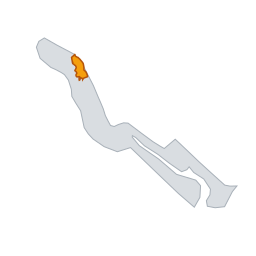 Jimara, Upper River, Gambia (highlighted), rotated 223°
{"feature_id": "56634734B42913132832661", "entity_name": "Jimara", "entity_type": "district", "adm_level": 2, "iso_a3": "GMB", "parent_name": "Gambia", "parent_adm1": "Upper River", "projection": "mercator", "projection_center": [-14.409, 13.327], "detail": "fine", "context": "in_parent", "style": "filled", "palette": "amber", "viewbox_px": 256, "rotation_deg": 223, "n_neighbors": 0, "source": "geoboundaries", "source_scale": "gbopen_adm2", "svg_char_len": 3360}
<svg xmlns="http://www.w3.org/2000/svg" viewBox="0 0 256 256"><g transform="rotate(223 128 128)"><path d="M25.5,115.3L46.5,114.5L72.0,114.8L99.7,115.2L112.8,115.4L119.6,103.4L132.7,98.1L146.0,96.1L153.0,96.6L160.3,98.4L174.4,108.3L183.2,110.6L190.6,112.8L195.9,117.7L204.3,122.4L210.9,123.7L214.9,123.0L221.4,121.2L225.7,119.7L239.8,119.0L250.1,124.6L252.3,130.6L250.6,136.8L236.7,140.1L217.5,145.3L201.6,142.4L182.2,135.4L170.9,130.3L166.2,128.3L159.1,125.1L153.0,121.6L147.0,119.4L142.5,117.9L139.1,119.7L137.4,124.0L134.7,128.8L131.3,131.6L115.1,133.3L100.5,135.0L92.7,136.5L87.5,137.7L85.8,152.0L69.4,151.9L53.2,151.7L36.4,151.9L18.3,152.2L13.7,155.1L8.8,159.9L8.3,152.7L3.7,136.3L9.9,129.1L16.6,124.9L21.1,128.3L22.5,135.0L26.0,139.5L37.8,142.4L49.6,140.3L56.8,141.3L56.5,137.6L59.0,132.6L73.2,130.5L88.3,129.1L103.8,126.2L115.9,126.3L119.6,125.4L118.7,124.2L107.8,122.8L84.5,126.2L60.9,127.2L42.9,136.1L35.6,135.3L28.1,126.3L25.5,115.3Z" fill="#d9dde1" stroke="#a8b0b8" stroke-width="1"/><path d="M212.4,137.4L212.0,137.5L211.6,137.5L211.0,137.6L210.4,137.6L210.0,137.6L209.4,137.7L209.1,137.8L208.8,137.7L208.6,137.7L208.1,137.5L207.8,137.3L207.6,137.3L207.5,137.2L207.2,137.0L207.1,136.9L206.9,136.7L206.8,136.3L206.7,136.0L206.6,135.8L206.5,135.5L206.4,135.2L206.3,134.8L206.3,134.7L206.2,134.3L206.2,134.1L206.1,133.9L205.9,133.7L205.7,133.7L205.3,133.7L205.0,133.8L204.8,133.8L204.5,133.8L204.3,133.8L203.8,133.6L203.4,133.5L203.2,133.4L202.9,133.2L202.7,133.0L202.7,132.8L202.6,132.7L202.6,132.4L202.5,131.9L202.4,131.6L201.9,131.0L201.6,130.8L201.2,130.6L200.9,130.5L200.6,130.5L200.3,130.5L200.0,130.8L199.9,130.9L199.5,131.3L199.3,131.4L199.1,131.8L198.9,132.0L198.6,132.4L198.5,132.5L198.4,132.5L198.2,132.5L198.0,132.4L197.9,132.3L197.9,132.0L197.9,131.8L197.8,131.3L197.6,131.0L197.4,130.6L197.2,130.4L196.9,130.2L196.5,129.9L196.2,129.7L196.1,129.9L196.2,130.0L196.1,130.3L196.3,130.8L196.4,131.0L196.4,131.4L196.4,131.8L196.5,132.0L196.7,132.3L196.7,132.5L196.4,132.6L196.2,132.7L196.0,132.9L195.6,133.0L195.6,132.9L195.2,132.9L194.7,132.8L194.6,133.0L194.4,132.8L194.3,132.7L194.2,132.6L194.3,133.2L194.3,134.5L194.0,135.1L193.7,135.7L193.3,136.5L192.7,137.7L192.6,137.9L192.6,138.0L193.1,138.4L193.3,138.5L193.5,138.7L193.8,138.9L194.0,139.0L194.4,139.2L194.6,139.3L194.8,139.3L195.2,139.5L195.3,139.6L195.8,139.9L196.2,140.0L196.3,140.1L196.5,140.2L197.0,140.2L197.6,140.4L198.0,140.4L198.4,140.4L199.4,140.3L199.6,140.3L199.8,140.5L200.0,140.6L200.3,140.9L200.7,141.3L200.8,141.4L201.5,142.1L201.7,142.3L201.8,142.4L202.6,143.1L202.9,143.3L203.1,143.4L203.3,143.6L203.7,143.9L203.9,144.0L204.1,144.2L204.4,144.4L205.0,144.7L205.3,144.8L205.5,144.8L206.2,145.0L206.5,145.0L207.1,145.1L207.6,145.2L208.0,145.2L208.9,145.3L209.2,145.4L210.3,145.5L211.2,145.5L211.3,145.5L211.7,145.5L211.8,145.5L212.0,145.5L212.3,145.5L212.5,145.5L212.5,145.4L212.9,145.3L213.1,145.3L213.2,145.2L214.1,145.0L214.6,144.9L215.1,144.7L215.3,144.7L215.7,144.8L215.8,144.8L216.4,145.1L216.5,145.2L216.9,145.5L217.0,145.5L217.1,144.8L217.2,143.9L217.2,143.7L217.2,143.3L217.2,143.2L217.3,142.6L217.4,142.1L217.4,141.1L217.0,140.8L216.9,140.8L216.6,140.5L215.7,139.8L215.0,139.3L214.4,138.9L214.0,138.5L213.9,138.4L213.6,138.3L213.5,138.2L213.4,138.3L213.2,138.4L213.0,138.1L213.1,137.9L212.4,137.4Z" fill="#f59e0b" stroke="#b45309" stroke-width="1.5"/></g></svg>